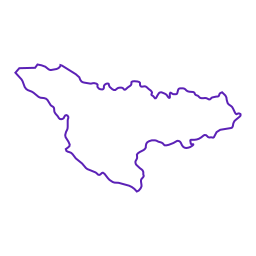 outline of Timis
{"feature_id": "ROU-280", "entity_name": "Timis", "entity_type": "County", "adm_level": 1, "iso_a3": "ROU", "parent_name": "Romania", "parent_adm1": "", "projection": "natural_earth1", "projection_center": [21.523, 45.663], "detail": "fine", "context": "isolated", "style": "outline", "palette": "violet", "viewbox_px": 256, "rotation_deg": 0, "n_neighbors": 0, "source": "natural_earth", "source_scale": "10m", "svg_char_len": 4108}
<svg xmlns="http://www.w3.org/2000/svg" viewBox="0 0 256 256"><path d="M51.1,70.0L56.6,69.0L58.5,68.1L60.0,66.6L60.5,65.4L60.5,65.1L62.0,65.6L75.8,74.2L79.3,77.3L80.2,79.7L81.5,81.5L82.7,82.2L84.2,82.6L90.2,83.6L91.1,83.6L92.9,83.2L94.1,83.1L96.2,83.6L97.2,84.2L97.6,84.8L97.4,86.2L97.6,87.1L98.9,88.6L100.2,89.2L101.6,89.4L102.6,89.4L103.3,89.0L103.7,88.4L103.9,87.7L103.9,86.3L104.1,85.6L104.6,84.9L105.4,84.2L106.4,83.7L107.9,83.5L108.6,83.8L108.8,84.3L109.0,85.4L109.7,86.9L112.3,89.2L113.9,90.0L115.3,90.0L117.6,88.2L118.7,87.8L120.1,87.6L121.8,87.7L122.8,88.1L124.2,89.6L124.8,89.7L125.5,89.5L127.7,87.5L130.3,85.7L130.9,85.1L131.3,84.3L131.4,83.4L131.4,82.6L131.6,81.9L132.6,81.4L134.3,81.2L137.5,81.5L139.1,82.0L139.9,82.7L140.0,83.6L140.0,84.5L140.2,85.5L140.9,86.4L141.9,86.7L144.5,86.3L145.6,86.5L146.6,87.1L148.8,89.1L150.8,90.6L151.6,91.6L152.0,92.4L151.9,93.1L151.6,93.8L151.4,94.4L151.5,94.9L151.9,95.3L153.2,96.1L153.8,96.8L154.3,97.5L155.0,98.3L155.8,98.2L156.3,97.6L157.3,95.7L158.6,93.6L159.3,92.8L160.2,92.4L161.5,92.3L164.7,93.6L165.9,94.3L166.7,95.0L167.9,96.8L168.7,97.7L169.3,97.9L169.7,97.7L169.9,97.1L169.8,95.4L169.8,94.4L169.9,93.5L170.4,92.7L170.9,92.8L171.6,93.2L172.5,93.9L173.5,94.2L175.6,94.2L176.4,94.1L177.0,93.7L177.3,93.0L178.0,90.3L178.3,89.5L178.7,88.9L179.4,88.5L180.6,88.3L182.9,88.3L184.4,88.7L185.4,89.4L186.2,90.3L187.5,91.2L189.2,91.7L193.1,92.0L194.0,92.4L194.6,93.1L194.9,94.0L195.3,94.6L196.0,95.1L197.7,95.7L198.4,96.2L199.1,97.0L200.2,97.9L201.6,98.2L203.2,98.2L205.1,98.0L206.5,98.2L208.9,99.4L209.8,99.4L210.4,99.0L211.0,98.4L211.7,97.7L212.5,97.4L216.1,96.6L217.9,96.5L218.4,96.2L218.9,95.8L219.5,94.0L219.9,93.5L220.3,93.1L222.1,92.3L225.4,95.5L226.4,97.5L226.7,99.8L227.1,101.3L227.7,103.2L228.7,104.4L231.4,106.3L232.2,107.1L233.1,108.7L235.0,112.7L235.8,113.8L236.6,114.2L237.8,113.6L238.6,113.4L239.3,113.5L240.4,114.0L240.6,114.9L240.4,115.8L239.6,116.7L235.7,119.9L234.5,121.0L233.8,122.3L233.3,123.5L232.9,125.8L232.6,126.7L232.2,127.3L231.9,127.7L231.1,128.0L220.2,129.8L216.6,132.1L213.9,137.2L213.3,137.6L212.6,137.6L211.8,137.4L210.9,137.3L209.5,137.5L208.7,137.3L208.0,137.0L206.8,135.8L206.1,135.2L204.7,135.0L203.7,135.4L201.2,137.4L198.8,138.8L196.7,139.5L194.4,139.8L191.0,139.8L190.4,140.2L190.3,140.9L190.5,141.7L190.7,143.2L190.9,143.8L191.3,144.1L191.8,144.2L193.2,144.3L193.3,144.7L192.6,145.5L190.1,147.1L188.2,147.7L186.3,148.0L185.0,147.8L183.9,147.3L183.1,146.7L182.4,145.8L181.8,144.9L180.9,142.9L180.2,141.9L179.3,141.2L177.8,140.8L176.9,141.0L173.4,143.0L168.8,144.8L166.5,145.3L164.7,145.3L164.0,144.8L162.7,143.3L161.7,142.7L160.6,142.3L158.4,141.7L156.5,140.7L154.9,140.3L151.9,140.3L149.1,141.2L147.4,142.2L146.4,143.5L146.0,144.9L145.8,146.3L145.8,147.5L145.1,148.7L143.7,150.0L139.6,152.1L137.8,153.4L136.9,154.6L137.0,155.6L137.1,156.9L137.1,158.0L136.7,159.1L135.7,160.9L135.4,161.9L135.5,162.9L135.8,164.0L136.4,164.9L139.8,168.1L141.7,169.5L142.5,170.3L143.0,171.2L143.3,172.1L143.3,173.0L143.3,173.8L143.3,174.4L143.7,175.7L143.6,176.4L143.2,177.1L141.3,179.3L141.0,180.3L141.0,181.6L141.5,185.0L141.5,186.3L141.0,187.5L140.5,188.5L138.7,190.6L136.8,191.5L134.4,188.9L131.8,187.0L129.1,185.7L118.6,182.8L114.5,182.6L112.7,182.0L109.5,179.9L107.9,178.2L104.5,173.8L102.9,172.7L101.9,173.0L100.3,174.5L99.4,174.9L98.2,174.7L97.4,174.0L96.5,173.1L95.5,172.4L90.9,170.5L87.4,169.1L85.9,168.0L82.1,163.5L75.8,158.4L72.6,154.2L71.2,152.9L69.6,152.2L67.8,151.7L66.4,150.9L65.8,149.1L68.0,147.5L69.4,146.2L69.7,144.5L68.4,141.6L65.6,137.2L65.2,135.1L66.0,132.0L67.1,129.8L67.5,128.7L67.7,126.9L67.7,120.4L67.9,119.2L68.3,118.0L68.3,116.9L67.5,115.6L66.3,115.1L65.2,115.5L64.4,116.6L63.8,118.0L62.6,118.9L61.2,119.2L59.9,119.0L58.8,118.0L57.8,116.3L55.6,113.8L54.7,112.4L54.4,111.6L54.3,111.2L54.1,108.6L53.8,107.6L53.1,106.8L51.4,105.8L50.7,105.2L47.5,100.0L46.0,98.7L44.1,98.1L40.4,97.7L38.6,96.9L33.5,92.7L31.7,91.6L27.8,90.1L26.2,89.0L24.7,87.0L22.6,81.3L21.5,79.4L15.4,72.7L19.3,68.2L35.1,67.8L37.5,64.5L41.5,65.3L45.3,66.7L48.2,69.0L49.1,69.6L50.3,70.0L51.1,70.0Z" fill="none" stroke="#5b21b6" stroke-width="2"/></svg>